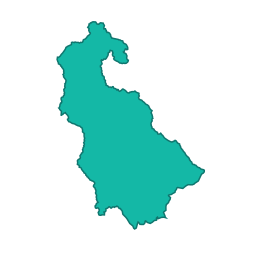 outline of Mariscal Nieto, Moquegua, Peru, rotated 282°
{"feature_id": "86281439B75994563843922", "entity_name": "Mariscal Nieto", "entity_type": "district", "adm_level": 2, "iso_a3": "PER", "parent_name": "Peru", "parent_adm1": "Moquegua", "projection": "mercator", "projection_center": [-70.73, -17.055], "detail": "fine", "context": "isolated", "style": "filled", "palette": "teal", "viewbox_px": 256, "rotation_deg": 282, "n_neighbors": 0, "source": "geoboundaries", "source_scale": "gbopen_adm2", "svg_char_len": 5782}
<svg xmlns="http://www.w3.org/2000/svg" viewBox="0 0 256 256"><g transform="rotate(282 128 128)"><path d="M205.0,111.4L206.9,110.9L208.9,109.3L209.5,108.5L210.0,106.4L210.5,105.6L212.1,104.7L212.0,103.1L212.5,101.9L212.3,100.7L212.6,100.2L212.6,93.4L213.3,93.1L213.8,92.1L215.4,91.7L217.0,90.2L217.5,88.3L217.1,87.7L217.9,86.8L219.0,86.5L219.4,85.8L220.4,85.3L220.0,83.8L221.2,83.5L223.4,83.6L224.7,82.3L225.4,82.0L225.2,79.3L224.2,78.2L223.4,77.9L223.2,76.2L225.0,74.3L224.6,71.7L224.1,70.8L223.3,70.3L223.0,69.4L222.0,69.0L221.5,68.2L220.5,68.6L218.0,67.7L217.2,69.2L215.4,69.3L213.7,70.4L213.4,71.2L212.9,71.5L211.9,71.2L210.6,70.4L209.3,69.2L208.4,69.0L206.2,67.8L205.5,66.6L204.7,65.9L203.5,66.0L202.4,65.6L202.0,65.0L202.0,63.9L201.0,62.9L201.4,61.5L201.0,59.8L201.1,58.3L200.4,57.7L200.4,55.8L199.9,55.0L197.8,55.3L195.1,51.6L194.4,51.2L194.0,50.6L192.0,50.3L187.8,48.5L186.1,47.4L184.2,46.7L182.5,45.2L182.6,44.3L180.3,44.4L178.1,45.7L177.5,46.3L176.3,46.6L175.7,48.9L174.7,49.2L174.4,50.3L173.5,50.7L172.5,52.1L171.3,53.0L170.3,53.4L169.6,53.3L168.3,54.0L166.7,53.3L165.8,54.3L164.7,54.3L162.3,57.0L161.4,57.6L158.5,57.5L158.0,57.0L157.5,57.4L155.6,57.4L154.7,58.1L152.3,57.2L150.4,57.9L149.6,58.5L148.9,58.7L148.4,58.4L147.1,58.9L146.2,58.2L144.9,58.1L144.4,57.0L143.5,56.4L142.6,56.5L141.5,56.9L140.9,57.5L139.4,57.8L138.7,57.6L138.6,57.1L138.2,57.1L138.0,56.8L137.4,56.9L136.6,56.6L135.4,56.8L133.3,56.5L133.1,56.2L132.6,56.9L131.8,57.5L130.5,59.4L126.7,59.9L126.7,60.4L127.4,60.7L127.8,61.5L128.8,61.9L130.0,63.6L129.6,63.8L127.7,66.5L126.5,67.4L124.9,67.8L124.0,67.0L123.4,67.2L122.3,68.4L121.9,68.6L121.8,70.1L120.9,72.5L120.9,74.9L120.4,76.1L119.8,78.6L119.8,80.6L118.9,81.9L118.5,83.0L116.6,84.0L114.8,84.3L113.4,86.5L112.3,86.4L110.1,87.0L109.1,87.8L108.3,87.6L106.9,87.7L106.4,88.3L104.3,87.7L103.3,88.7L102.2,88.6L101.7,88.3L100.8,88.8L99.3,88.2L97.9,88.3L97.4,88.0L96.0,88.8L94.6,88.7L93.7,87.7L93.1,87.8L90.9,86.8L89.0,87.6L88.1,87.4L86.7,85.8L85.4,85.3L83.9,85.9L81.8,86.1L81.5,87.4L80.9,88.3L79.6,88.3L79.4,88.9L79.5,89.7L78.9,90.8L78.0,91.1L76.4,92.9L76.2,93.5L74.8,94.5L74.8,95.2L74.2,96.2L73.1,96.6L72.6,97.6L71.8,98.1L71.5,99.3L70.9,99.6L70.2,100.8L69.2,101.7L69.1,102.9L68.7,103.9L68.9,104.3L67.9,106.5L67.2,106.9L66.4,107.0L64.9,106.3L63.8,106.3L62.7,107.5L62.5,108.2L60.9,109.0L60.6,109.5L58.9,109.9L57.7,109.7L55.8,111.2L54.8,111.4L53.9,111.2L52.9,111.9L51.5,112.0L51.1,112.6L50.5,112.7L49.1,114.2L47.9,113.1L47.1,112.7L46.2,112.8L45.2,112.1L44.1,112.2L43.0,112.9L42.9,113.8L43.6,114.8L43.6,115.3L42.2,116.9L40.9,117.0L39.2,116.4L37.1,117.5L36.8,118.0L36.9,119.2L37.0,119.7L37.6,120.4L38.1,123.0L39.9,122.7L40.2,122.2L40.8,122.0L41.0,122.8L41.9,123.5L42.7,123.6L44.3,123.1L45.4,124.7L47.1,125.9L47.1,126.3L46.1,128.0L46.3,128.5L47.5,129.2L47.8,130.3L47.6,131.2L48.3,131.5L48.4,132.6L49.3,133.3L49.2,133.8L48.7,134.9L48.0,135.4L47.4,136.3L47.7,136.9L47.6,137.4L46.6,138.2L46.2,139.0L45.2,139.8L42.7,140.8L42.2,141.4L40.1,144.6L38.7,146.2L35.0,149.6L33.2,153.1L31.2,154.4L30.6,155.5L31.9,156.9L35.9,157.1L38.1,157.4L37.4,158.6L36.2,159.7L36.8,163.0L37.9,164.0L39.3,164.3L40.3,164.1L40.7,164.4L40.7,164.9L40.1,165.6L39.6,166.8L39.3,169.6L40.9,171.4L43.1,173.1L43.6,174.8L44.0,175.1L45.7,174.5L47.0,175.3L46.8,175.6L45.7,175.8L45.5,176.2L47.5,179.3L48.2,181.8L48.1,183.5L48.5,182.9L49.6,182.5L52.8,180.3L53.5,180.5L55.4,182.2L58.9,181.4L61.0,181.4L63.4,183.1L65.1,183.3L66.7,184.0L68.8,184.0L70.0,181.9L70.6,181.6L71.1,182.1L72.1,184.4L73.2,185.3L74.8,187.3L76.5,187.3L77.9,188.1L79.3,188.2L80.1,188.8L80.3,194.2L83.1,196.4L85.0,198.4L85.8,202.7L87.0,204.4L87.8,204.8L90.8,207.8L97.3,209.3L98.9,210.1L99.5,211.0L101.0,211.7L102.5,211.4L102.9,210.7L103.0,207.9L104.0,206.2L104.0,205.1L104.4,203.8L105.7,202.1L105.7,201.0L106.1,200.2L105.9,199.2L106.2,198.4L108.0,197.3L108.4,196.2L109.4,195.5L109.4,195.0L111.1,194.1L112.1,192.9L112.2,192.3L113.9,190.0L115.7,188.6L116.7,187.0L117.8,186.1L118.3,185.1L118.9,184.8L119.7,183.6L121.0,183.2L121.9,182.2L123.1,181.8L123.6,179.6L125.5,177.6L125.7,176.6L124.7,175.9L124.5,175.1L123.9,174.8L123.4,173.7L123.5,172.3L124.2,169.6L125.9,165.6L128.0,163.5L128.3,162.7L129.7,161.1L129.7,160.9L128.7,160.4L128.3,158.6L128.6,158.2L129.9,157.7L130.3,155.9L131.4,154.0L132.1,153.8L132.7,152.1L132.6,151.7L134.3,151.0L135.0,150.2L135.6,150.2L137.0,149.5L139.4,149.8L139.9,150.2L141.6,149.5L142.6,150.3L143.2,149.8L144.0,149.7L146.4,148.5L147.6,147.4L150.0,147.9L150.7,146.2L152.5,144.5L153.7,143.8L154.6,142.3L155.1,140.2L156.4,138.6L157.1,136.9L158.1,135.6L158.1,134.3L158.6,132.8L160.1,131.9L161.7,132.4L162.5,131.6L163.7,131.7L164.3,131.4L164.6,128.9L165.6,127.1L164.9,126.5L164.3,124.0L163.7,123.4L163.7,122.6L162.5,121.8L162.4,120.7L162.7,119.6L164.1,117.8L165.1,115.0L164.9,114.5L163.4,113.6L162.1,112.2L162.7,110.8L163.4,110.6L163.6,110.1L163.3,109.3L162.9,109.2L163.9,107.8L163.9,106.0L165.3,104.9L165.2,104.3L164.1,103.3L164.4,102.3L164.0,100.6L165.0,99.5L165.4,97.5L166.5,97.5L168.1,96.2L169.7,96.1L170.8,94.6L172.9,94.1L173.6,93.4L174.0,92.1L174.6,91.6L175.1,91.8L176.2,91.4L176.4,90.7L176.8,90.5L177.3,90.4L178.3,90.7L179.7,89.8L181.2,89.5L181.9,88.9L181.9,88.4L182.8,88.1L183.3,88.1L184.1,88.7L185.4,89.3L188.4,87.7L188.9,87.8L189.2,88.0L188.9,89.0L189.6,89.8L190.5,90.1L190.6,91.6L191.4,92.2L194.7,93.3L196.1,93.3L197.3,93.0L198.6,94.4L199.6,94.1L200.3,94.4L200.0,96.8L198.6,97.3L198.2,97.8L197.2,97.4L196.2,97.6L195.0,98.6L194.7,99.8L194.0,100.0L192.7,99.6L191.9,100.4L191.1,102.7L190.8,104.5L189.8,106.5L190.0,107.6L189.8,108.9L190.5,110.2L190.5,111.6L191.1,112.9L192.5,114.0L193.8,114.3L194.4,114.2L194.6,113.3L195.4,112.5L196.3,112.1L198.3,112.0L200.3,110.5L200.9,108.2L201.4,107.7L201.9,108.3L204.8,109.0L204.9,109.7L204.3,110.6L205.0,111.4Z" fill="#14b8a6" stroke="#0f766e" stroke-width="1.5"/></g></svg>